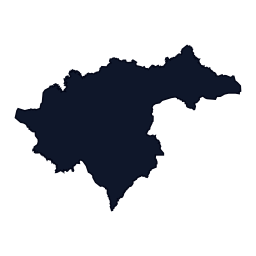 Mueang Trang, Trang, Thailand (orthographic projection)
{"feature_id": "78962969B27556566790630", "entity_name": "Mueang Trang", "entity_type": "district", "adm_level": 2, "iso_a3": "THA", "parent_name": "Thailand", "parent_adm1": "Trang", "projection": "orthographic", "projection_center": [99.629, 7.592], "detail": "fine", "context": "isolated", "style": "filled", "palette": "ink", "viewbox_px": 256, "rotation_deg": 0, "n_neighbors": 0, "source": "geoboundaries", "source_scale": "gbopen_adm2", "svg_char_len": 5669}
<svg xmlns="http://www.w3.org/2000/svg" viewBox="0 0 256 256"><path d="M71.1,71.0L70.7,72.1L69.9,71.6L69.2,73.6L70.7,76.1L70.5,76.9L68.3,78.2L67.7,77.5L68.1,76.3L67.5,76.2L66.2,76.7L65.8,77.4L66.8,78.2L66.7,78.8L64.3,79.0L65.1,82.1L64.0,83.8L66.4,82.2L66.8,82.6L66.0,84.5L64.8,85.2L65.3,85.6L66.5,85.5L66.9,86.0L66.7,87.5L64.5,89.9L65.4,91.4L63.1,91.2L61.3,91.9L61.2,89.8L60.5,89.6L60.1,90.1L60.5,88.2L60.0,88.2L58.6,89.5L57.5,88.3L58.6,87.9L59.2,86.4L57.9,86.0L57.5,86.3L56.9,85.5L57.4,84.9L56.0,84.9L56.1,84.2L55.3,84.0L55.0,84.7L54.0,84.8L54.6,86.3L53.5,86.7L52.5,86.0L52.2,86.6L51.8,86.1L50.1,86.4L49.7,87.8L45.1,90.2L43.3,92.8L42.5,101.9L42.2,103.1L41.0,104.0L40.2,108.5L35.9,109.9L35.0,109.3L32.8,109.7L30.8,109.1L29.8,110.0L29.1,109.7L24.8,110.8L18.1,108.7L17.0,110.6L15.4,117.7L20.7,122.2L23.3,122.7L25.7,123.9L26.8,125.1L27.5,127.0L29.3,127.1L29.1,129.0L30.9,129.7L31.0,130.5L32.9,131.6L35.3,131.7L35.6,135.8L38.2,139.1L38.4,141.7L37.6,144.6L34.3,147.0L34.1,148.8L33.1,149.3L33.0,150.1L33.7,149.6L33.7,150.3L34.6,150.1L34.5,150.7L35.0,151.0L34.5,151.2L34.9,151.6L34.6,152.4L35.9,152.9L37.0,152.7L37.3,152.2L37.7,152.8L39.3,152.6L40.9,153.1L40.8,153.7L41.7,154.0L41.2,154.2L41.5,154.8L42.9,154.9L43.1,155.6L44.2,155.4L44.6,156.8L45.7,156.9L47.1,159.9L47.4,159.4L47.0,158.9L49.4,159.6L49.2,158.8L50.3,158.8L50.6,159.8L51.5,159.9L51.9,161.8L52.3,161.0L53.3,163.0L54.3,162.8L54.3,163.6L55.3,163.6L56.1,164.9L57.0,165.0L56.4,166.8L56.8,166.9L56.9,168.8L55.7,170.4L56.2,170.6L55.7,172.4L56.7,172.3L56.9,171.7L57.6,171.9L57.7,171.4L58.8,171.4L60.4,170.3L61.7,171.0L62.4,170.8L62.9,171.6L63.4,171.3L63.6,171.6L63.6,170.8L64.2,170.5L64.0,169.9L65.2,170.3L66.3,169.9L66.8,171.1L67.5,171.0L69.0,169.1L71.0,168.3L71.9,168.7L72.4,171.0L73.2,171.2L73.6,170.3L72.9,168.5L73.0,166.1L74.6,165.4L76.3,163.0L79.4,163.3L79.0,161.3L79.9,160.0L81.1,159.9L83.0,161.0L86.4,165.8L88.5,172.1L90.5,173.1L92.9,175.3L93.0,177.5L95.6,182.3L100.4,186.1L102.4,185.8L105.8,187.7L105.7,188.6L107.5,189.3L107.4,193.3L108.7,195.8L108.4,196.5L109.3,196.8L109.4,198.8L110.3,200.2L110.6,202.7L110.2,203.7L111.1,205.5L110.4,206.5L111.1,208.6L112.1,209.0L111.4,209.6L111.6,210.5L112.5,210.3L112.6,208.9L113.9,208.0L114.0,206.7L116.1,205.4L115.9,204.5L117.1,203.9L116.7,202.0L117.3,200.6L118.2,200.6L117.6,199.0L118.9,198.9L120.7,196.9L121.5,197.3L122.4,196.8L123.3,194.8L122.8,194.5L123.7,193.3L123.5,192.8L124.4,192.4L124.4,191.4L125.2,191.1L125.0,190.4L126.7,189.5L127.3,188.1L127.9,188.0L129.4,186.1L130.6,186.2L131.4,185.6L132.8,183.5L132.9,181.3L133.4,180.6L134.5,180.5L135.5,179.4L136.2,179.3L137.5,177.2L138.8,177.0L139.7,176.1L140.4,176.3L142.0,175.1L143.1,176.2L144.4,175.7L145.5,176.8L147.2,177.3L147.8,176.4L147.6,175.4L148.9,173.3L148.6,172.9L149.2,172.7L149.4,170.7L150.7,170.3L151.3,168.9L156.0,167.0L156.0,163.9L156.8,163.7L156.8,161.9L155.9,159.2L155.0,158.8L155.5,154.9L163.4,154.9L163.4,153.2L160.6,149.9L159.9,148.1L160.6,146.3L159.4,143.9L159.6,143.2L158.9,143.2L159.4,142.6L158.8,142.2L159.0,141.3L157.9,140.2L157.1,140.2L155.8,138.8L155.6,137.8L155.0,137.6L155.3,135.7L154.5,136.1L153.0,135.8L152.8,135.3L149.7,136.3L148.7,135.4L147.3,135.3L146.2,132.8L147.4,131.8L147.5,130.6L149.6,129.0L149.8,127.2L152.0,122.7L151.9,121.7L152.9,121.2L153.0,116.3L151.7,115.7L151.1,113.5L152.3,111.9L151.8,111.2L152.5,109.6L151.8,107.5L152.9,105.2L155.4,103.5L159.6,102.7L162.0,100.3L171.4,97.4L175.4,96.8L177.4,97.6L177.8,98.6L179.0,98.5L180.0,98.9L180.3,99.6L182.2,99.9L182.6,101.2L184.3,101.1L185.2,101.6L185.3,103.5L186.7,103.9L186.7,106.0L187.4,106.9L190.2,108.0L192.1,108.0L194.0,109.6L194.6,109.2L195.3,106.3L194.2,103.3L196.9,102.2L199.2,99.6L199.1,98.2L199.6,97.5L202.8,95.9L205.4,97.9L207.0,98.5L215.4,99.2L216.6,96.4L220.5,96.2L224.5,93.9L228.4,93.0L235.7,93.0L239.2,93.6L239.2,91.7L240.6,91.1L240.3,85.9L237.2,82.6L235.0,80.9L233.8,76.3L232.7,76.1L232.0,76.9L230.6,77.6L226.3,75.8L224.8,75.6L223.2,76.2L222.1,74.9L218.4,76.4L215.7,75.6L216.0,74.4L214.6,72.7L214.0,72.9L212.4,71.6L211.6,71.6L211.7,70.8L210.8,70.9L210.5,69.7L209.5,69.1L209.9,67.5L209.4,68.4L208.4,68.5L206.8,67.4L206.0,67.9L204.0,67.5L203.9,66.0L202.3,66.9L202.3,65.9L200.7,65.4L200.1,63.9L198.4,62.7L199.1,62.2L198.5,60.9L199.3,59.3L198.2,59.5L197.9,58.8L196.6,58.3L195.9,58.6L196.2,57.9L195.3,58.0L195.5,57.2L194.3,57.1L194.7,56.4L194.4,55.7L193.1,54.7L193.5,53.2L191.8,51.4L192.5,49.3L191.8,48.9L191.7,47.8L191.1,47.2L190.4,47.5L189.7,46.1L188.3,46.5L187.1,45.5L182.2,49.4L182.3,50.1L181.3,51.6L182.0,53.0L181.4,54.5L179.0,54.1L177.3,55.3L176.9,56.3L176.2,56.3L175.5,57.6L173.3,57.6L172.2,58.8L171.7,58.3L170.8,58.7L170.4,60.1L168.5,59.1L167.6,57.6L166.0,58.1L165.5,59.9L166.7,60.3L167.1,61.2L165.9,61.7L166.4,63.1L164.0,65.8L163.8,67.0L162.2,66.5L161.0,67.2L160.6,66.5L159.8,67.4L158.2,65.5L155.6,67.0L154.6,66.4L154.1,67.3L153.1,66.6L153.4,65.6L152.2,65.4L148.2,69.6L147.3,68.7L145.3,68.8L144.2,66.8L142.5,67.7L140.9,66.8L136.2,65.8L135.5,63.6L136.4,62.3L132.9,60.1L132.1,60.8L132.5,62.3L127.9,62.7L126.0,62.2L125.5,60.3L123.1,60.3L122.4,61.1L121.1,61.1L119.0,60.4L118.1,58.9L117.2,59.2L116.4,58.6L115.7,59.1L114.6,58.1L113.0,58.2L111.7,59.2L110.3,59.1L109.7,61.1L111.0,62.9L108.4,64.5L106.8,67.0L101.8,66.7L101.0,68.0L100.2,68.4L100.2,69.7L99.3,71.9L96.1,72.5L95.9,73.3L94.8,73.2L93.8,74.2L91.8,73.5L90.0,74.0L88.4,73.3L87.3,73.9L87.4,74.8L85.5,75.3L85.6,76.3L84.5,76.5L84.9,76.7L84.5,77.4L83.9,76.8L82.8,77.3L82.5,78.1L81.6,77.1L80.8,75.2L79.9,75.1L80.0,74.5L79.4,74.4L80.3,73.9L79.3,73.2L79.3,72.6L77.8,71.5L77.0,71.6L76.9,71.2L77.5,70.9L75.9,71.1L75.4,72.6L74.8,72.3L74.9,71.1L74.3,70.6L73.5,70.8L72.9,70.2L72.6,71.1L72.1,70.5L71.5,71.5L71.1,71.0Z" fill="#0f172a" stroke="#020617" stroke-width="1.5"/></svg>